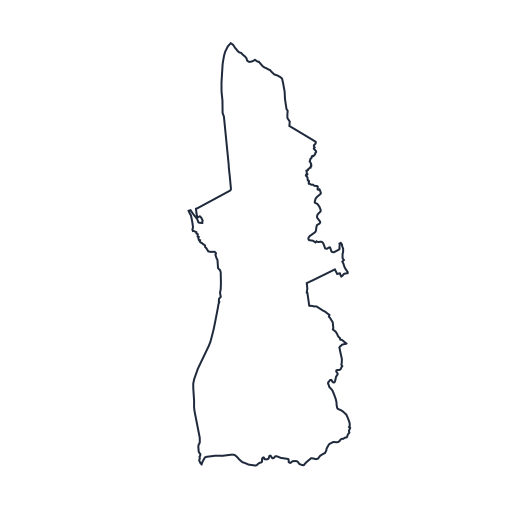 outline of Ratchasan, Chachoengsao, Thailand, rotated 171°
{"feature_id": "78962969B64139480936177", "entity_name": "Ratchasan", "entity_type": "district", "adm_level": 2, "iso_a3": "THA", "parent_name": "Thailand", "parent_adm1": "Chachoengsao", "projection": "robinson", "projection_center": [101.266, 13.772], "detail": "fine", "context": "isolated", "style": "outline", "palette": "slate", "viewbox_px": 512, "rotation_deg": 171, "n_neighbors": 0, "source": "geoboundaries", "source_scale": "gbopen_adm2", "svg_char_len": 6007}
<svg xmlns="http://www.w3.org/2000/svg" viewBox="0 0 512 512"><g transform="rotate(171 256 256)"><path d="M191.4,67.0L191.6,68.2L191.5,68.9L189.9,71.4L190.9,72.5L190.7,72.8L190.0,73.4L189.7,75.9L189.8,77.5L190.6,81.5L191.6,85.2L194.7,89.1L196.4,90.5L199.1,92.2L199.4,92.8L199.7,93.8L199.6,94.8L199.7,96.0L199.4,99.0L199.6,102.1L200.5,106.8L201.5,111.0L201.9,111.9L204.2,115.4L204.2,116.7L204.8,118.6L204.5,119.9L203.6,120.5L202.6,121.6L202.0,121.9L201.2,121.9L200.8,121.6L200.2,119.9L199.4,119.0L198.7,118.9L198.0,119.3L197.3,120.4L195.8,124.3L194.4,125.7L193.8,126.6L193.9,127.5L194.7,129.1L194.8,129.8L194.5,130.4L193.9,130.7L191.4,130.4L190.8,130.6L189.9,131.2L189.1,132.6L188.1,133.5L188.0,133.9L188.5,134.7L188.7,135.3L188.0,137.1L187.3,140.8L187.9,150.6L187.8,151.4L188.0,152.5L187.2,153.5L185.8,154.2L185.1,154.9L183.3,155.1L180.8,155.2L180.5,155.3L180.4,155.4L184.3,159.7L185.9,160.3L185.9,161.8L186.9,162.9L187.6,164.2L188.0,166.0L189.0,168.5L189.6,169.3L191.5,171.3L191.6,171.5L191.1,172.2L190.9,172.9L190.6,178.5L192.5,183.1L193.5,184.7L192.7,186.3L194.7,188.3L196.3,190.1L198.5,191.7L204.0,196.6L204.9,196.9L206.6,197.1L208.6,198.0L210.6,198.3L211.2,198.6L211.0,211.5L211.6,211.9L210.4,215.8L210.1,221.3L202.5,223.5L180.2,230.4L178.6,225.5L176.3,225.8L175.9,225.8L175.4,223.5L175.0,222.4L173.9,222.9L172.0,224.5L171.1,224.7L168.2,224.7L168.0,225.2L168.0,225.9L169.5,229.0L170.3,231.1L170.9,234.9L171.6,237.0L169.8,238.3L170.7,239.9L170.8,240.6L170.2,244.5L169.4,246.1L168.8,249.2L169.4,252.7L169.3,253.9L170.2,255.7L171.6,255.2L171.6,254.0L172.4,250.6L172.3,250.1L172.5,249.7L173.3,249.3L178.2,247.6L179.3,247.7L180.3,248.1L180.8,248.8L181.4,252.5L181.7,253.0L182.2,253.1L184.7,252.1L185.5,252.2L186.5,252.7L187.5,257.7L188.0,258.8L188.8,259.6L189.6,260.0L192.2,260.0L192.9,260.4L193.5,260.5L194.0,261.0L195.1,260.1L197.4,262.2L201.0,263.3L201.3,263.7L201.6,264.8L201.4,265.4L201.1,266.1L199.8,267.3L194.6,269.9L193.4,270.7L192.8,271.8L191.6,275.7L190.9,277.0L188.2,278.1L187.3,279.1L187.4,280.1L189.4,283.8L189.6,284.5L189.6,285.2L189.2,286.4L188.7,287.3L187.8,288.1L185.4,289.8L185.0,290.6L185.0,291.7L185.6,294.5L186.6,296.7L187.3,297.9L189.3,299.2L189.6,300.0L188.9,301.8L187.9,303.7L186.1,305.1L182.7,307.1L182.1,307.9L182.1,308.4L182.8,311.9L182.9,312.0L184.0,311.6L184.7,312.1L184.6,313.2L184.1,314.7L184.4,315.3L185.0,315.6L187.4,316.2L188.6,317.5L190.5,317.9L191.1,318.3L191.7,319.0L192.5,319.1L192.6,319.7L192.0,321.2L191.9,321.7L192.1,322.1L193.0,322.5L192.9,325.4L193.2,326.3L193.9,327.1L194.1,327.9L193.8,328.3L192.6,328.4L192.4,328.7L192.4,328.9L193.0,329.7L192.7,331.0L192.9,332.3L192.0,332.7L191.3,332.7L191.0,333.5L189.6,334.2L189.2,334.7L188.2,334.7L188.1,334.9L188.0,335.7L187.3,336.2L187.6,337.0L187.5,337.3L187.1,337.6L187.3,339.0L188.2,341.1L187.7,341.8L187.2,343.3L186.2,343.8L185.8,344.3L185.7,345.0L185.2,345.2L184.8,346.0L184.4,346.0L184.1,345.7L183.7,345.7L182.2,346.8L181.4,347.7L181.3,348.5L180.3,349.4L180.5,350.6L182.1,352.8L182.1,353.1L181.9,353.5L181.1,354.0L181.6,355.3L181.5,356.3L179.8,357.5L179.3,358.4L179.1,359.2L179.3,359.6L202.7,379.2L201.7,383.3L201.8,383.9L202.9,386.2L203.4,387.5L202.8,391.2L202.0,394.5L202.9,396.4L202.8,406.5L202.0,414.0L202.2,422.5L202.5,427.1L203.9,428.8L206.5,430.9L209.6,432.5L212.4,436.2L212.8,437.2L215.1,438.7L216.6,440.0L217.6,440.5L219.6,442.2L222.8,447.4L223.2,447.3L224.6,448.2L226.3,449.9L228.7,449.0L230.4,448.7L232.4,448.8L233.5,449.6L234.2,450.5L234.5,452.8L235.5,454.6L237.7,457.1L238.9,458.9L240.7,459.7L242.0,461.3L242.5,462.0L242.9,463.1L243.8,464.2L245.5,468.0L246.3,468.9L247.7,470.1L251.0,467.5L254.6,462.4L256.2,458.9L258.2,453.1L259.0,450.5L262.9,433.0L264.1,425.4L264.4,422.7L264.8,414.9L266.6,402.6L265.9,398.6L268.7,350.3L269.0,347.9L269.5,337.8L270.2,326.9L270.4,325.7L270.8,325.1L271.5,324.6L306.2,312.4L307.9,312.1L308.1,308.2L308.0,303.7L307.6,303.4L307.0,303.4L305.4,304.0L305.0,303.8L304.6,303.2L303.9,301.9L303.4,300.0L303.1,299.5L303.5,298.7L303.9,297.0L306.7,297.7L307.5,298.1L307.7,298.6L308.3,301.7L311.5,307.3L313.5,311.5L315.5,311.2L314.6,307.8L314.0,306.7L313.8,305.0L313.6,298.9L313.7,294.7L314.0,293.4L314.7,292.1L314.4,290.5L313.7,290.5L311.2,288.9L311.3,287.6L310.1,286.7L310.6,284.3L309.6,283.7L310.1,283.1L310.0,280.9L309.8,280.6L308.9,280.5L308.7,280.3L309.3,279.0L308.1,277.6L307.4,277.3L306.7,276.3L304.7,274.4L304.8,272.7L303.9,271.6L302.4,268.0L300.0,267.1L296.4,266.7L295.7,266.1L295.2,265.2L295.2,264.5L295.8,263.9L295.9,263.5L295.3,259.8L294.8,258.5L294.7,257.6L295.4,250.2L294.7,248.8L293.7,247.6L293.4,245.4L294.9,234.6L296.0,228.9L297.3,225.2L297.2,221.2L299.2,219.6L299.9,216.7L299.9,216.4L299.5,216.2L300.7,214.1L301.4,211.8L306.9,196.6L309.3,190.2L312.1,183.7L314.5,178.3L316.7,174.6L331.1,153.7L336.4,143.9L338.0,139.6L338.7,134.6L339.8,122.6L340.8,116.5L341.0,112.4L340.0,85.3L340.6,81.1L341.2,79.7L342.1,78.7L342.8,76.8L343.2,71.7L342.7,70.3L342.1,69.4L342.0,68.7L342.5,67.3L343.2,66.5L343.2,64.6L344.0,63.4L344.0,62.4L343.1,59.7L342.3,58.8L341.0,61.2L338.3,64.6L337.7,65.1L336.6,65.4L327.2,65.1L320.3,63.9L311.0,63.6L310.0,63.4L308.6,63.0L307.8,62.4L306.1,60.4L304.4,57.7L301.9,54.7L301.3,54.3L298.7,52.9L295.9,51.1L289.3,49.1L288.0,49.3L286.1,50.6L284.4,51.2L283.1,51.3L282.5,51.6L282.1,52.4L281.8,54.6L281.2,55.4L280.7,55.8L280.1,55.9L279.7,55.6L279.4,54.0L277.3,53.5L276.4,53.5L275.8,53.7L275.2,54.1L274.0,56.4L273.1,56.6L272.6,56.1L271.8,54.1L271.2,53.6L270.3,53.6L268.3,55.1L267.6,55.2L265.8,54.4L263.3,52.8L256.1,50.5L255.7,50.1L255.7,49.6L255.9,47.2L254.8,46.4L254.2,46.3L252.0,47.6L249.0,47.3L247.9,47.0L246.8,46.0L245.9,44.1L245.4,43.6L243.9,42.7L241.9,41.9L241.2,42.1L240.4,43.0L238.4,44.5L233.3,47.6L232.5,47.5L230.4,46.8L229.2,46.1L227.7,46.0L226.5,46.2L223.8,48.7L220.8,50.0L218.8,50.5L217.1,52.7L216.5,54.5L215.9,55.4L213.6,58.3L212.6,59.0L208.7,60.2L205.3,59.4L203.9,59.4L202.1,60.4L201.5,61.2L200.5,61.8L199.9,62.0L198.4,61.8L196.8,62.6L194.8,62.7L194.3,63.2L193.5,64.8L192.9,65.6L191.4,67.0Z" fill="none" stroke="#1e293b" stroke-width="2"/></g></svg>